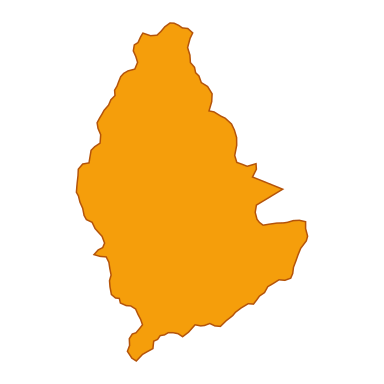 Campestre de Goiás, Goiás, Brazil (Robinson projection)
{"feature_id": "56859067B36486008417996", "entity_name": "Campestre de Goiás", "entity_type": "district", "adm_level": 2, "iso_a3": "BRA", "parent_name": "Brazil", "parent_adm1": "Goiás", "projection": "robinson", "projection_center": [-49.702, -16.781], "detail": "fine", "context": "isolated", "style": "filled", "palette": "amber", "viewbox_px": 384, "rotation_deg": 0, "n_neighbors": 0, "source": "geoboundaries", "source_scale": "gbopen_adm2", "svg_char_len": 2016}
<svg xmlns="http://www.w3.org/2000/svg" viewBox="0 0 384 384"><path d="M192.7,32.9L187.8,28.5L182.3,27.9L178.6,25.3L174.1,23.2L170.0,23.0L164.8,26.8L160.9,31.5L157.0,35.2L150.5,35.7L142.9,33.1L140.7,36.7L138.0,42.6L134.3,44.9L133.3,50.9L135.8,56.5L137.6,62.4L134.8,69.1L128.0,70.9L123.7,73.4L120.7,76.7L118.6,81.9L117.0,86.2L114.6,90.2L115.0,95.6L110.9,99.7L108.6,105.1L104.1,110.3L101.9,114.3L99.6,118.1L97.1,122.8L98.0,128.3L100.7,134.7L100.1,143.1L94.7,146.7L91.1,150.3L90.0,156.8L89.0,162.9L82.7,164.0L78.3,169.2L78.0,175.7L77.2,182.8L76.8,187.1L76.4,192.3L78.4,195.9L80.0,202.2L82.7,208.3L84.1,215.5L86.4,219.6L92.1,222.3L95.1,228.6L98.4,232.3L102.1,236.4L104.6,243.1L102.7,247.6L98.2,249.9L94.0,254.6L100.1,256.4L106.2,256.9L108.9,262.3L109.8,268.4L111.1,275.1L109.5,280.7L110.0,286.9L111.4,294.5L115.5,298.0L119.3,298.4L120.4,303.0L126.2,305.6L130.7,305.9L135.6,309.0L138.0,314.4L140.6,319.3L142.5,324.8L139.6,328.5L136.0,332.8L132.3,334.0L129.3,338.7L129.6,345.5L127.4,351.3L131.9,358.2L136.3,361.0L142.5,354.4L147.0,351.8L152.9,348.6L153.7,341.2L157.6,339.4L160.2,335.6L164.5,334.9L168.2,332.7L173.1,332.7L178.1,333.7L182.6,336.7L188.5,332.2L195.1,324.8L200.7,325.9L204.5,325.5L209.8,323.5L214.9,325.9L220.4,326.4L226.2,320.7L232.7,315.6L235.4,312.3L241.2,307.9L248.2,303.7L253.5,304.1L256.8,299.8L259.5,296.0L264.5,292.6L267.8,286.6L273.5,283.3L279.0,279.8L284.9,280.3L290.7,278.2L292.7,273.5L293.5,267.2L295.9,260.9L298.0,254.9L300.7,248.3L306.3,240.9L307.6,236.2L305.6,228.6L305.6,221.7L299.4,220.3L293.3,220.6L287.6,222.3L283.7,222.9L276.8,223.1L269.1,224.2L263.1,225.2L259.4,222.4L257.0,219.3L255.2,212.4L256.4,205.1L282.7,189.2L252.5,177.0L256.4,169.2L256.0,163.7L247.2,166.3L241.9,164.2L236.8,162.4L234.7,155.5L236.7,145.3L236.6,137.6L234.4,130.1L231.5,124.0L225.2,118.2L220.8,116.1L214.0,111.9L209.0,110.9L211.7,101.7L212.1,93.8L207.6,86.5L201.3,82.6L198.9,75.9L195.6,72.7L194.5,67.3L190.4,62.6L189.9,55.1L187.6,47.6L190.1,38.3L192.7,32.9Z" fill="#f59e0b" stroke="#b45309" stroke-width="1.5"/></svg>